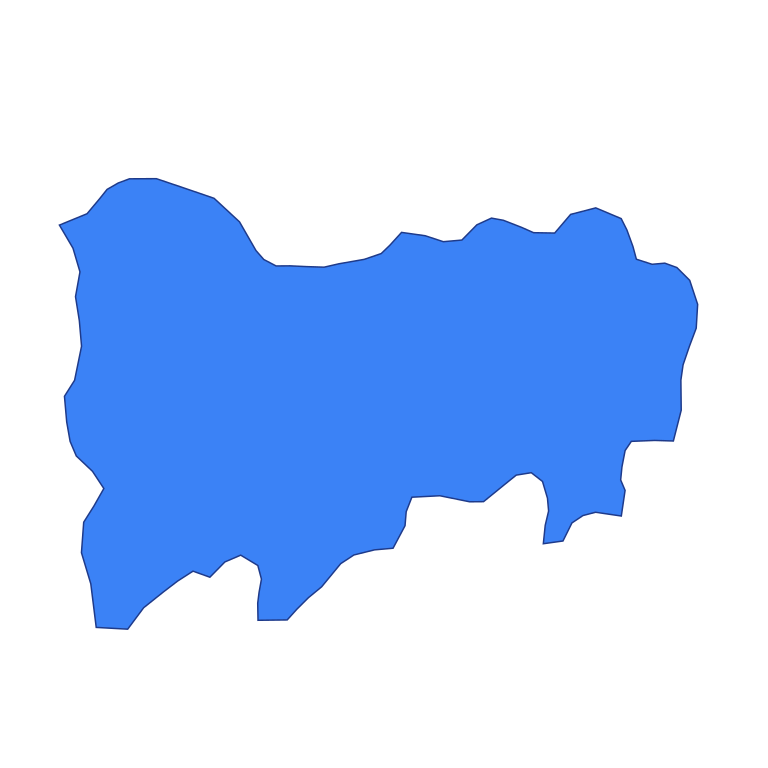 outline of Larnakas Lapithou, Cyprus, rotated 265°
{"feature_id": "46923920B93505429851808", "entity_name": "Larnakas Lapithou", "entity_type": "district", "adm_level": 2, "iso_a3": "CYP", "parent_name": "Cyprus", "parent_adm1": "", "projection": "equal_earth", "projection_center": [33.129, 35.305], "detail": "fine", "context": "isolated", "style": "filled", "palette": "blue", "viewbox_px": 768, "rotation_deg": 265, "n_neighbors": 0, "source": "geoboundaries", "source_scale": "gbopen_adm2", "svg_char_len": 1497}
<svg xmlns="http://www.w3.org/2000/svg" viewBox="0 0 768 768"><g transform="rotate(265 384 384)"><path d="M162.1,107.3L182.1,125.1L196.0,146.0L205.6,161.1L214.2,177.4L206.7,193.7L220.6,210.0L226.0,226.3L214.2,242.5L200.3,244.9L187.4,241.4L176.7,239.1L159.6,237.9L157.4,267.0L167.1,277.4L177.8,290.2L187.4,304.2L199.2,315.8L208.8,325.2L216.3,339.1L219.6,360.1L219.6,378.7L241.0,392.6L254.9,395.0L268.8,401.9L267.8,429.9L259.2,459.0L258.1,472.9L273.1,495.0L281.7,507.8L282.8,523.0L273.1,533.4L256.0,536.9L243.1,536.9L229.2,532.3L211.0,528.8L212.0,548.6L229.2,559.1L235.6,570.7L237.8,583.5L231.8,608.9L257.0,614.9L267.8,611.4L280.6,613.8L296.7,618.4L305.3,625.4L304.2,648.7L302.0,667.3L332.0,677.8L362.0,680.1L377.0,683.6L395.3,691.7L412.4,699.9L436.0,703.4L460.6,697.6L474.5,685.9L479.9,674.3L479.9,661.5L486.3,646.3L499.2,644.0L516.3,639.4L528.1,634.7L541.0,610.3L536.7,584.7L519.5,567.2L521.7,546.2L528.1,534.6L536.7,517.2L539.9,505.5L534.5,490.4L520.6,474.1L520.6,455.5L528.1,438.0L533.5,414.7L521.7,401.9L514.2,392.6L509.9,375.2L507.7,349.6L505.6,334.5L507.7,317.0L509.9,300.7L511.0,286.8L518.5,275.1L528.1,268.1L558.1,254.2L583.8,230.9L596.7,201.8L608.4,175.1L610.6,148.3L607.4,136.7L602.0,125.1L593.4,116.9L579.5,103.0L570.6,74.5L546.4,86.0L522.2,90.9L497.9,84.3L473.7,86.0L448.0,86.0L414.7,76.1L399.6,64.6L373.9,64.6L354.2,66.3L339.1,71.2L322.4,86.0L304.3,95.8L287.6,84.3L272.5,72.8L242.3,67.9L210.5,74.5L166.6,76.1L162.1,107.3Z" fill="#3b82f6" stroke="#1e3a8a" stroke-width="1.5"/></g></svg>